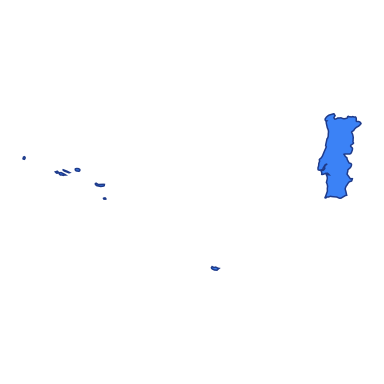 SVG path tracing the border of Portugal
{"feature_id": "PRT", "entity_name": "Portugal", "entity_type": "country or territory", "adm_level": 0, "iso_a3": "PRT", "parent_name": "Europe", "parent_adm1": "", "projection": "robinson", "projection_center": [-13.235, 37.393], "detail": "fine", "context": "isolated", "style": "filled", "palette": "blue", "viewbox_px": 384, "rotation_deg": 0, "n_neighbors": 0, "source": "natural_earth", "source_scale": "50m", "svg_char_len": 3267}
<svg xmlns="http://www.w3.org/2000/svg" viewBox="0 0 384 384"><path d="M326.5,117.0L327.8,115.9L329.0,115.1L329.7,114.9L332.5,114.1L333.3,113.8L334.0,113.8L334.1,114.2L334.5,114.9L335.0,115.3L335.1,115.7L334.1,117.2L333.9,117.7L334.5,118.7L334.6,118.9L334.9,119.1L335.7,119.0L337.1,118.4L338.0,117.9L338.3,118.1L341.0,117.8L341.7,118.1L342.1,118.3L343.4,118.7L344.9,118.7L346.7,118.2L347.5,117.7L347.6,117.2L347.6,116.7L347.9,116.5L348.3,116.3L348.9,116.6L349.8,116.8L352.0,116.9L352.5,116.6L353.2,116.7L354.2,117.1L355.3,116.9L355.9,117.4L356.2,118.1L356.3,119.4L356.2,120.8L356.5,121.4L357.3,121.5L358.5,121.5L359.6,121.9L360.5,122.5L360.8,123.2L361.0,123.7L360.5,123.9L360.0,124.9L358.5,126.2L356.3,127.4L354.7,128.9L353.6,130.6L352.2,131.4L351.8,131.8L351.6,132.2L352.6,134.4L353.0,136.0L353.3,138.0L353.1,138.6L353.1,140.8L352.9,141.5L353.0,142.0L353.4,142.6L353.5,143.1L352.9,143.8L351.7,144.6L350.8,145.3L350.6,146.0L350.7,146.4L352.2,147.8L352.5,148.4L352.4,149.8L351.6,152.1L350.8,153.5L350.6,153.6L349.7,154.0L345.1,154.0L344.0,154.3L344.2,154.6L345.3,156.4L346.4,157.4L346.8,157.6L347.3,159.7L349.1,163.0L350.9,163.5L351.5,164.3L351.4,165.5L350.9,166.8L349.9,168.1L348.6,169.1L347.8,170.0L347.8,171.1L347.5,172.4L347.2,173.5L347.1,174.2L350.4,178.8L352.2,178.6L352.4,178.7L352.1,179.8L351.6,181.0L350.9,181.3L349.4,181.7L348.0,183.3L346.8,185.3L346.0,186.3L345.2,188.6L345.3,189.6L345.8,191.2L346.7,195.3L345.5,195.5L340.9,198.2L339.4,198.2L336.7,197.0L332.0,196.6L330.4,196.3L328.5,197.0L327.0,197.0L325.8,198.0L325.0,197.7L325.9,195.5L327.4,191.2L327.3,188.5L327.6,186.2L327.1,183.9L326.4,182.5L327.3,178.7L327.2,176.8L326.2,174.4L329.1,174.8L328.2,173.8L327.3,173.2L326.4,173.4L325.7,173.3L323.3,174.3L322.0,174.5L321.7,174.4L321.8,172.9L321.1,170.9L322.1,170.4L323.2,170.3L324.2,169.4L324.8,168.5L324.5,166.9L325.3,165.3L327.2,164.0L326.2,164.2L325.0,165.0L323.2,168.0L322.7,169.5L321.1,170.0L319.7,170.2L318.9,170.1L318.1,169.7L318.0,168.6L318.0,167.7L318.6,165.9L318.8,163.4L319.6,161.2L319.5,160.6L319.3,159.7L320.0,158.8L320.9,158.2L322.3,156.3L324.2,151.7L326.3,146.9L326.1,146.3L325.6,145.8L325.8,144.5L327.0,138.8L327.6,138.1L328.2,136.4L328.3,133.7L328.5,131.9L328.4,131.0L328.2,129.8L327.3,127.7L326.3,123.2L326.2,121.7L326.9,120.9L325.7,120.8L325.1,119.9L325.2,118.8L326.5,117.0ZM98.0,184.4L98.9,184.5L103.2,184.3L104.4,184.4L104.2,185.7L103.4,186.1L100.8,186.5L96.8,185.7L95.5,184.6L95.3,183.9L95.4,183.5L96.2,183.2L98.0,184.4ZM212.1,266.6L214.0,267.5L215.7,267.1L217.9,268.2L219.0,268.4L218.0,269.2L217.0,270.2L214.4,270.0L212.3,269.0L211.6,268.3L211.4,267.6L212.1,266.6ZM64.6,174.3L65.7,175.0L63.9,175.1L63.4,175.4L62.0,175.0L60.4,175.0L59.4,174.1L59.2,173.2L59.7,172.6L61.2,172.6L64.6,174.3ZM79.3,171.1L79.0,171.3L76.2,170.9L75.4,170.2L75.2,169.1L75.7,168.7L76.9,168.5L78.7,168.7L79.8,169.5L79.8,170.6L79.3,171.1ZM69.7,172.6L69.0,172.8L65.5,171.5L64.2,171.0L62.6,169.5L67.2,171.3L69.7,172.6ZM25.0,158.5L24.4,159.3L23.4,159.1L23.0,158.8L23.5,157.1L24.3,156.7L25.1,157.3L25.0,158.5ZM57.9,173.1L56.5,173.1L55.3,171.9L57.3,171.2L57.8,171.6L58.2,172.1L58.4,172.7L57.9,173.1ZM105.9,198.9L105.8,199.2L105.0,199.1L104.0,199.2L103.5,198.3L104.0,198.0L105.1,197.9L105.6,198.3L105.9,198.9Z" fill="#3b82f6" stroke="#1e3a8a" stroke-width="1.5"/></svg>